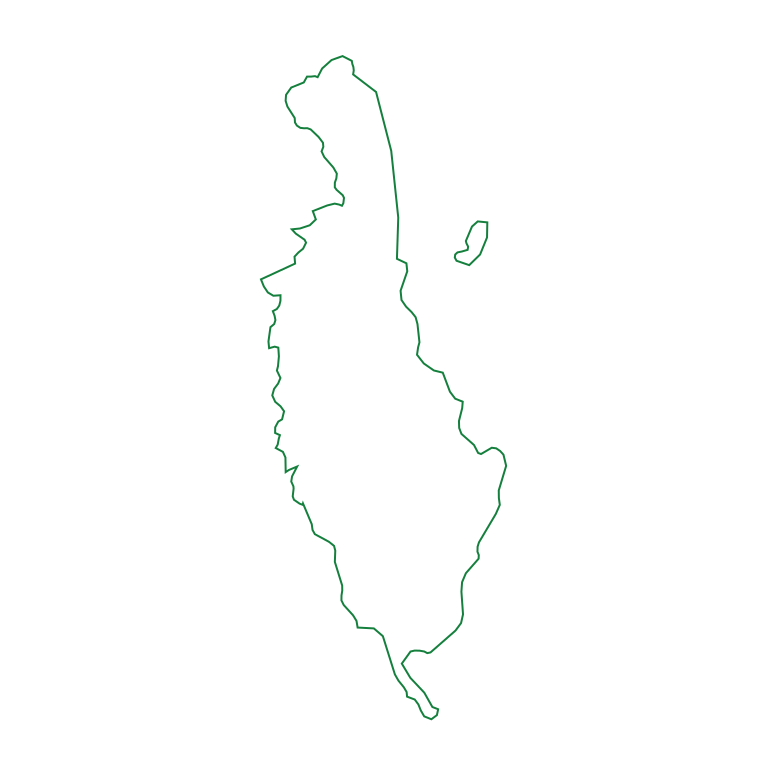 Makira, Robinson projection, rotated 49°
{"feature_id": "SLB-3509", "entity_name": "Makira", "entity_type": "Province", "adm_level": 1, "iso_a3": "SLB", "parent_name": "Solomon Islands", "parent_adm1": "", "projection": "robinson", "projection_center": [161.795, -10.523], "detail": "fine", "context": "isolated", "style": "outline", "palette": "green", "viewbox_px": 768, "rotation_deg": 49, "n_neighbors": 0, "source": "natural_earth", "source_scale": "10m", "svg_char_len": 2661}
<svg xmlns="http://www.w3.org/2000/svg" viewBox="0 0 768 768"><g transform="rotate(49 384 384)"><path d="M659.5,559.4L665.0,556.5L668.6,561.3L668.1,568.2L661.2,571.7L654.5,570.4L648.5,568.3L642.3,567.8L635.1,571.7L631.3,569.0L625.9,568.0L617.3,567.7L610.3,566.3L573.6,550.3L561.8,552.0L550.5,563.7L544.8,560.2L538.3,559.1L524.4,559.4L519.4,558.1L515.7,554.8L512.5,551.0L508.7,547.8L486.0,537.8L477.8,530.1L473.4,527.9L466.9,529.1L452.0,534.7L447.3,533.7L442.4,530.5L421.0,523.5L421.8,524.7L418.9,526.2L412.3,527.9L408.9,526.6L403.7,520.9L401.8,519.5L396.8,518.0L393.4,514.0L389.3,503.7L386.5,512.2L386.0,516.0L374.8,506.6L368.9,504.8L361.3,507.7L360.0,504.0L356.2,499.2L354.3,496.1L349.5,498.3L345.3,494.5L343.0,488.5L343.8,484.1L339.0,477.3L333.0,476.7L326.1,477.8L319.3,475.8L315.6,470.2L314.2,463.6L311.5,458.2L303.6,456.0L301.0,452.3L294.2,445.2L287.2,439.9L284.1,442.0L281.6,447.2L276.1,443.3L266.6,432.4L266.7,427.5L264.5,424.0L260.7,421.8L256.1,420.1L257.1,415.7L256.1,411.6L253.3,407.6L249.1,403.9L244.8,409.6L238.7,411.6L231.6,410.7L224.3,408.2L234.8,372.1L229.2,368.0L228.6,362.4L228.8,356.3L226.2,350.1L223.0,349.3L212.7,351.9L206.8,352.1L211.5,345.4L215.5,335.9L215.1,327.5L206.8,324.3L212.0,309.7L215.5,302.9L219.2,300.1L221.9,298.8L220.9,296.1L217.3,292.1L214.5,291.3L206.4,292.4L203.3,292.1L199.8,289.0L197.5,285.0L194.3,281.6L187.4,280.2L173.5,280.2L167.5,278.5L165.2,274.2L161.9,271.8L154.8,271.3L143.8,272.3L140.7,274.0L138.4,276.7L135.8,279.1L131.8,280.2L128.2,279.6L124.7,276.9L111.3,274.9L105.8,272.5L101.5,268.2L99.4,259.5L103.8,246.7L101.5,240.4L104.0,237.6L105.3,235.7L106.4,234.1L108.9,232.8L105.3,223.7L105.1,211.0L109.3,200.2L119.0,196.3L121.8,198.0L124.6,199.1L127.5,201.1L130.1,204.2L158.4,198.4L212.8,225.6L267.8,264.1L298.0,292.1L307.6,287.9L314.2,292.5L324.5,310.3L332.1,315.7L340.1,316.6L347.8,316.0L354.3,316.3L360.7,319.4L375.8,329.9L378.7,334.2L383.6,339.9L394.6,340.5L406.5,337.5L414.0,332.2L433.1,339.3L441.8,339.9L449.0,336.2L453.5,340.8L461.1,351.7L466.5,356.1L472.5,358.3L489.1,356.1L497.8,358.2L500.5,356.7L502.8,344.5L506.2,341.5L510.8,340.3L515.7,340.2L525.9,345.5L539.6,367.2L545.4,372.1L551.2,375.9L555.4,384.8L565.8,416.2L568.2,420.1L571.9,423.5L575.3,424.7L577.9,427.2L580.5,446.3L584.8,455.1L591.5,461.8L609.7,475.5L615.0,482.7L617.0,491.8L617.1,525.0L615.5,527.9L612.3,529.1L608.5,532.2L605.2,535.9L603.3,539.5L606.7,554.0L623.0,556.9L643.4,556.1L659.5,559.4ZM335.1,238.3L337.6,232.9L335.6,230.4L332.0,229.5L329.8,228.4L322.9,214.3L322.8,206.6L329.8,200.0L341.0,210.1L349.3,226.5L350.2,241.7L338.6,248.4L335.0,247.6L333.0,245.3L332.9,242.2L335.1,238.3Z" fill="none" stroke="#15803d" stroke-width="2"/></g></svg>